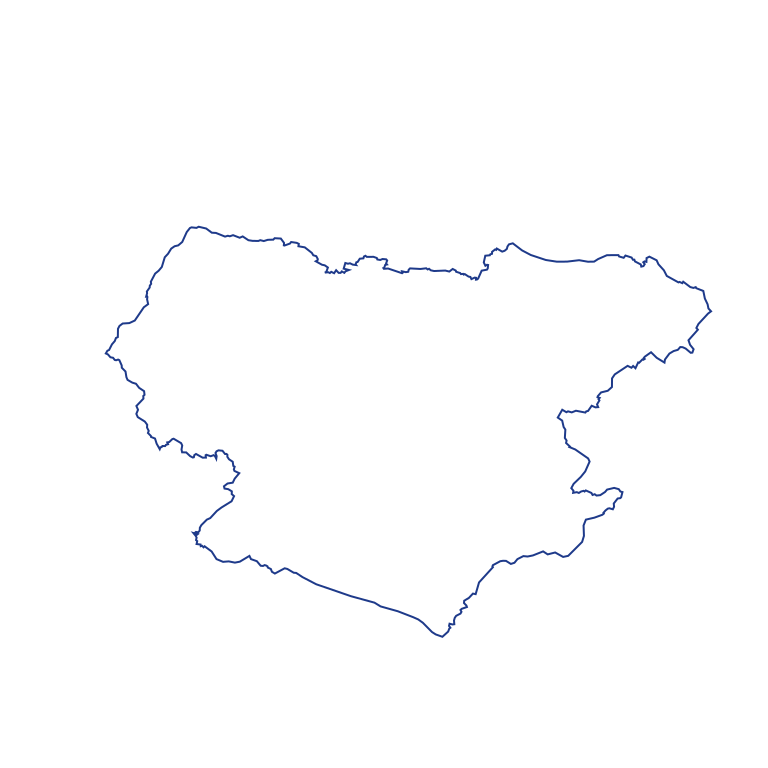 the district of Magetan, Jawa Timur, Indonesia, rotated 26°
{"feature_id": "22746128B43524249433579", "entity_name": "Magetan", "entity_type": "district", "adm_level": 2, "iso_a3": "IDN", "parent_name": "Indonesia", "parent_adm1": "Jawa Timur", "projection": "mercator", "projection_center": [111.326, -7.653], "detail": "fine", "context": "isolated", "style": "outline", "palette": "blue", "viewbox_px": 768, "rotation_deg": 26, "n_neighbors": 0, "source": "geoboundaries", "source_scale": "gbopen_adm2", "svg_char_len": 6165}
<svg xmlns="http://www.w3.org/2000/svg" viewBox="0 0 768 768"><g transform="rotate(26 384 384)"><path d="M120.6,478.5L122.8,478.4L126.4,479.9L129.0,479.2L131.4,480.4L132.8,480.1L134.3,478.6L135.7,478.6L140.1,482.3L141.2,484.3L146.2,486.1L149.5,490.8L151.7,492.7L157.2,493.1L161.0,492.5L165.6,494.8L171.5,495.6L173.5,498.7L172.9,500.3L174.2,502.6L171.1,512.3L174.2,515.0L174.5,519.4L177.2,521.7L185.5,522.6L189.0,524.4L190.1,527.0L193.1,529.3L193.3,531.5L197.3,532.9L197.8,533.7L202.1,533.4L205.8,537.3L211.0,540.9L210.8,538.9L211.8,538.2L212.0,536.9L214.5,535.7L214.7,534.3L216.3,532.8L214.8,531.5L216.4,530.3L217.9,526.3L218.9,525.4L227.6,526.1L229.6,527.7L230.7,531.6L232.5,533.9L236.2,532.2L241.4,533.8L244.4,533.9L245.2,533.2L244.7,531.1L245.7,529.3L253.3,529.7L256.2,528.2L254.9,526.2L255.3,525.5L259.9,524.9L262.1,522.6L263.8,523.0L266.0,524.7L265.2,522.2L262.8,519.9L263.0,517.9L264.3,516.2L268.1,514.8L271.8,516.6L273.1,515.9L274.3,516.3L275.1,518.1L277.7,519.6L282.1,520.2L284.5,523.7L286.0,523.8L286.5,526.6L287.7,527.7L293.0,527.6L291.3,534.5L291.3,539.0L287.0,542.0L285.0,546.1L286.5,547.9L290.1,546.8L294.3,547.2L295.4,549.7L298.4,550.5L298.4,556.2L292.1,566.2L289.4,571.4L286.6,580.7L284.2,583.6L281.7,590.9L281.5,593.9L282.6,596.5L282.1,598.7L279.8,599.4L279.0,601.3L278.0,601.5L279.7,602.3L280.6,601.1L282.3,600.7L281.2,603.0L282.9,604.2L283.5,606.7L285.0,607.1L285.7,610.0L289.5,608.7L290.4,610.1L291.4,609.2L293.4,609.9L293.9,608.5L302.5,610.1L310.2,614.8L317.3,614.4L322.2,611.5L328.3,609.9L332.3,606.9L338.4,597.5L341.2,599.7L347.4,599.0L352.8,601.4L355.0,600.6L356.1,599.1L357.9,598.8L359.3,599.0L360.0,599.9L363.4,599.9L365.6,601.9L369.0,602.2L375.5,593.2L378.2,592.6L385.6,593.2L387.9,592.3L395.4,593.3L410.9,593.7L447.4,589.2L471.3,584.7L478.4,585.4L496.0,582.2L512.4,580.8L518.0,580.6L523.7,581.6L535.9,585.9L540.3,586.4L547.3,585.6L550.2,578.4L549.9,575.2L550.5,574.0L548.5,572.9L548.0,570.7L551.0,570.1L552.5,569.1L550.6,565.9L550.1,563.1L550.5,560.7L553.4,556.8L553.5,554.8L551.8,553.6L552.4,552.0L556.3,548.1L555.2,547.0L551.9,545.8L551.1,543.6L554.1,539.0L555.8,533.4L558.5,532.7L556.4,520.7L562.2,500.9L561.4,500.4L561.3,499.1L566.2,492.3L568.5,490.7L571.2,489.5L576.9,490.1L579.6,487.5L580.7,482.9L584.7,477.6L588.7,476.1L593.0,472.8L600.4,464.7L605.8,465.4L611.7,460.4L620.8,460.9L624.9,457.7L631.3,439.1L630.3,432.9L625.4,423.7L624.9,417.4L631.7,411.9L637.6,405.8L638.4,404.1L637.7,403.6L638.5,400.6L639.8,397.9L641.1,396.9L644.6,396.3L644.6,393.5L642.9,390.7L644.2,384.5L646.4,383.0L646.8,381.9L645.7,376.6L643.6,377.0L641.1,375.6L636.4,376.5L630.8,381.1L630.0,384.2L627.1,389.1L623.9,391.1L621.7,390.7L620.1,392.3L618.2,391.0L612.0,391.2L611.4,392.7L610.3,392.5L608.3,394.2L606.9,396.5L604.7,396.7L601.7,398.9L601.1,396.9L598.0,395.5L598.2,390.6L601.6,381.3L603.2,374.4L602.8,363.6L600.1,361.4L584.6,359.0L578.3,359.4L578.5,358.7L573.5,357.2L572.9,354.8L570.2,353.2L567.0,345.5L564.3,343.9L560.2,338.8L554.9,338.0L555.5,329.0L560.3,329.4L561.4,327.9L565.2,327.2L568.2,323.9L577.5,321.4L577.8,319.9L579.2,318.8L580.2,312.5L584.3,312.3L586.6,310.9L584.4,308.9L584.8,304.3L583.5,303.6L583.9,302.0L581.7,302.3L581.5,301.3L582.8,296.4L588.1,292.0L590.2,286.8L586.5,279.0L587.2,274.2L595.0,260.9L599.3,260.9L600.0,258.6L603.1,259.6L603.0,253.2L604.0,253.1L605.5,248.6L606.5,248.5L607.3,247.2L606.1,246.7L606.4,245.2L610.1,238.4L617.6,240.9L626.7,241.8L625.8,238.8L627.2,231.5L629.9,227.4L633.1,224.5L634.1,220.9L636.3,220.0L639.6,219.9L646.0,221.5L647.4,220.6L647.0,217.0L641.9,214.6L638.5,211.2L642.3,197.6L640.2,196.7L640.3,192.2L644.4,178.6L646.1,175.3L642.5,173.9L639.9,170.5L634.9,166.5L630.2,160.4L622.7,161.0L621.7,160.3L620.0,162.0L616.8,162.6L608.1,160.9L607.9,162.6L604.9,162.7L604.1,163.6L590.8,162.9L585.7,159.1L578.2,156.1L574.8,153.3L566.7,153.2L564.8,155.7L566.3,159.2L564.4,159.6L563.7,160.9L565.8,162.0L565.5,164.3L563.8,165.7L562.4,164.0L555.8,163.8L554.5,162.5L553.3,163.2L551.1,161.8L544.7,162.7L544.1,165.5L539.4,166.3L538.2,165.4L527.9,170.5L521.7,177.8L519.2,181.9L513.7,184.7L505.1,187.2L494.8,193.8L485.7,198.3L475.1,201.6L459.4,203.7L449.6,203.4L438.1,201.1L435.1,203.7L434.7,206.3L435.2,208.7L434.0,211.4L432.2,213.2L426.0,212.8L426.0,214.3L424.9,214.3L423.2,217.8L424.0,219.6L422.7,220.8L422.7,221.9L418.8,224.3L420.4,231.0L423.3,233.3L424.3,231.7L425.4,231.4L426.6,234.7L426.4,236.1L422.1,239.3L422.4,248.0L421.8,249.3L420.9,249.9L420.2,248.2L418.9,248.6L416.6,251.4L414.7,249.9L412.9,250.4L408.4,249.8L407.7,250.7L406.9,250.3L405.0,251.5L403.8,250.9L399.6,251.5L398.8,250.6L395.3,250.5L393.4,254.3L389.3,255.2L379.5,260.5L376.2,261.3L374.0,260.7L373.0,261.9L371.2,261.5L366.4,264.6L356.7,268.7L356.1,270.5L356.6,272.5L354.6,273.9L350.9,274.8L352.0,275.8L351.7,276.5L337.1,278.4L333.4,280.5L332.7,280.1L333.2,279.6L332.9,276.4L334.3,275.3L333.0,274.7L332.7,271.6L331.3,271.0L327.9,272.3L326.2,274.2L323.4,275.0L322.3,273.9L318.8,274.3L312.8,277.3L311.1,276.9L310.1,278.2L310.4,280.1L307.3,282.0L306.8,285.9L305.8,286.7L306.0,288.9L306.8,289.3L303.6,290.4L300.5,290.4L298.9,291.7L296.2,292.2L297.2,298.0L302.5,296.9L300.0,299.6L299.6,301.5L296.7,301.3L296.3,303.1L294.5,304.0L291.1,302.7L290.6,306.3L287.4,306.3L286.7,308.0L284.9,308.0L282.0,309.8L283.0,308.4L282.5,303.9L278.7,303.3L276.0,304.0L268.9,303.6L270.0,302.0L269.8,300.8L267.1,298.8L264.0,299.3L261.7,297.8L252.9,295.9L246.7,297.7L246.0,295.4L243.7,295.4L238.3,297.1L237.9,299.0L233.8,303.2L233.2,303.3L232.3,301.0L227.5,298.5L221.8,300.9L221.2,302.8L216.4,305.3L213.3,308.2L209.7,309.0L208.4,310.5L203.0,313.0L199.1,314.2L192.3,313.3L190.2,315.8L183.1,316.4L180.7,318.8L178.7,319.2L176.5,321.2L166.7,321.9L162.9,323.5L156.0,322.2L148.5,323.9L147.0,325.9L142.3,327.6L141.2,328.9L140.1,333.9L140.4,344.8L138.3,349.6L135.4,352.0L133.4,355.6L132.8,361.6L131.4,366.2L133.0,376.2L131.8,381.0L129.9,385.1L129.6,394.3L130.8,396.0L130.4,398.3L131.1,400.0L130.3,404.8L131.3,406.3L131.9,409.6L132.6,409.0L133.2,409.5L133.9,411.7L137.0,415.6L134.5,420.3L132.2,436.2L128.4,440.9L122.6,444.2L120.8,447.7L120.7,451.0L124.2,458.5L122.9,460.2L123.2,463.4L122.1,467.6L122.0,473.9L120.8,475.4L120.6,478.5Z" fill="none" stroke="#1e3a8a" stroke-width="2"/></g></svg>